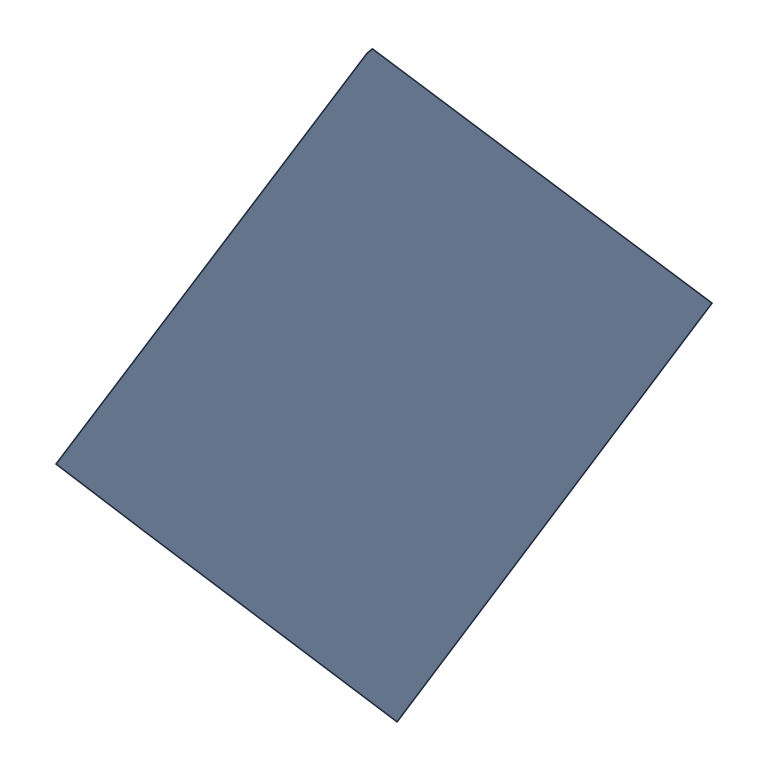 Pratt, Kansas, United States of America (orthographic projection), rotated 307°
{"feature_id": "52423323B94351819827308", "entity_name": "Pratt", "entity_type": "district", "adm_level": 2, "iso_a3": "USA", "parent_name": "United States of America", "parent_adm1": "Kansas", "projection": "orthographic", "projection_center": [-98.709, 37.648], "detail": "fine", "context": "isolated", "style": "filled", "palette": "slate", "viewbox_px": 768, "rotation_deg": 307, "n_neighbors": 0, "source": "geoboundaries", "source_scale": "gbopen_adm2", "svg_char_len": 279}
<svg xmlns="http://www.w3.org/2000/svg" viewBox="0 0 768 768"><g transform="rotate(307 384 384)"><path d="M122.1,281.5L122.0,597.8L646.0,597.3L645.6,492.5L645.0,282.0L644.7,173.0L637.7,171.4L122.7,170.2L122.1,281.5Z" fill="#64748b" stroke="#1e293b" stroke-width="1.5"/></g></svg>